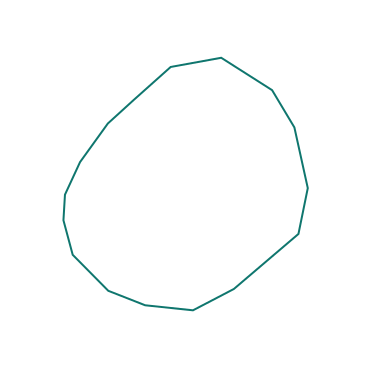 outline of Lukalaba, Kasaï-Oriental, Democratic Republic of the Congo, rotated 220°
{"feature_id": "63176286B63969135863157", "entity_name": "Lukalaba", "entity_type": "district", "adm_level": 2, "iso_a3": "COD", "parent_name": "Democratic Republic of the Congo", "parent_adm1": "Kasaï-Oriental", "projection": "equal_earth", "projection_center": [23.657, -6.482], "detail": "fine", "context": "isolated", "style": "outline", "palette": "teal", "viewbox_px": 384, "rotation_deg": 220, "n_neighbors": 0, "source": "geoboundaries", "source_scale": "gbopen_adm2", "svg_char_len": 363}
<svg xmlns="http://www.w3.org/2000/svg" viewBox="0 0 384 384"><g transform="rotate(220 192 192)"><path d="M155.1,75.1L115.2,102.0L97.6,144.6L83.5,228.3L105.8,269.4L155.1,307.3L196.1,321.5L255.9,313.6L288.7,274.1L295.8,225.2L300.5,190.4L297.0,143.0L287.6,108.3L272.3,87.7L243.0,67.2L192.6,62.5L155.1,75.1Z" fill="none" stroke="#0f766e" stroke-width="2"/></g></svg>